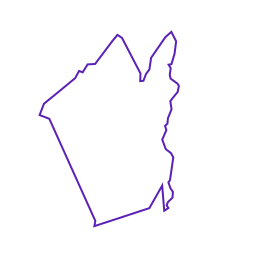 Uchtepa, Tashkent, Uzbekistan (Robinson projection), rotated 158°
{"feature_id": "79887680B78178339313098", "entity_name": "Uchtepa", "entity_type": "district", "adm_level": 2, "iso_a3": "UZB", "parent_name": "Uzbekistan", "parent_adm1": "Tashkent", "projection": "robinson", "projection_center": [69.122, 41.261], "detail": "fine", "context": "isolated", "style": "outline", "palette": "violet", "viewbox_px": 256, "rotation_deg": 158, "n_neighbors": 0, "source": "geoboundaries", "source_scale": "gbopen_adm2", "svg_char_len": 794}
<svg xmlns="http://www.w3.org/2000/svg" viewBox="0 0 256 256"><g transform="rotate(158 128 128)"><path d="M102.9,218.3L109.9,214.5L134.5,199.7L141.6,202.1L149.2,196.6L152.0,199.2L158.4,194.0L181.2,186.8L196.8,182.0L205.1,173.1L197.5,166.0L195.3,109.8L193.1,54.1L195.9,49.6L138.2,45.7L117.9,61.8L125.4,37.7L120.5,38.7L121.1,41.9L118.6,44.4L112.8,46.8L110.3,51.9L111.2,56.2L110.9,62.5L108.7,63.8L97.0,83.8L97.6,88.7L100.9,94.2L100.6,104.4L93.2,111.7L92.9,116.0L89.8,117.3L87.3,122.1L80.6,129.1L78.7,137.0L76.5,138.4L68.5,142.8L65.1,147.8L65.4,150.4L70.0,157.9L69.4,161.6L66.0,167.5L66.6,171.5L63.8,170.9L57.1,179.3L50.9,190.3L51.8,200.9L59.4,198.2L80.3,184.4L86.2,174.3L91.1,171.3L96.0,166.0L99.1,166.9L96.0,173.9L99.8,213.7L102.9,218.3Z" fill="none" stroke="#5b21b6" stroke-width="2"/></g></svg>